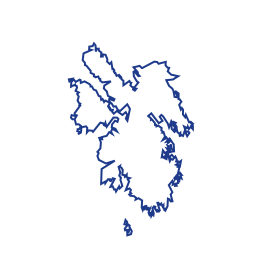 the district of Bø nor, Nordland, Norway, rotated 318°
{"feature_id": "86288312B44209185687579", "entity_name": "Bø nor", "entity_type": "district", "adm_level": 2, "iso_a3": "NOR", "parent_name": "Norway", "parent_adm1": "Nordland", "projection": "mercator", "projection_center": [14.6, 68.718], "detail": "fine", "context": "isolated", "style": "outline", "palette": "blue", "viewbox_px": 256, "rotation_deg": 318, "n_neighbors": 0, "source": "geoboundaries", "source_scale": "gbopen_adm2", "svg_char_len": 5895}
<svg xmlns="http://www.w3.org/2000/svg" viewBox="0 0 256 256"><g transform="rotate(318 128 128)"><path d="M188.0,132.8L186.1,132.7L186.9,134.3L185.6,138.8L183.4,136.0L186.4,131.4L187.3,128.3L186.7,124.2L188.5,118.1L193.8,122.0L200.0,123.1L195.8,117.3L195.4,112.5L198.8,110.8L197.8,109.7L197.8,106.6L200.3,104.1L193.7,100.7L193.8,98.4L191.9,96.3L178.5,92.9L178.2,89.6L172.7,86.6L172.6,93.1L171.4,94.6L171.4,97.0L170.4,96.4L170.7,90.1L169.7,89.9L166.9,93.6L165.8,99.2L166.2,101.1L160.3,102.1L159.4,103.1L160.5,104.4L158.1,104.8L157.5,102.8L160.1,101.3L158.6,101.5L158.3,97.9L160.7,96.6L160.1,95.7L160.5,94.0L153.2,93.2L156.2,89.8L155.8,87.6L157.0,85.7L156.9,83.5L155.9,84.4L156.1,82.2L154.4,81.6L155.5,78.5L154.9,78.3L155.3,76.4L156.5,75.9L156.6,74.0L155.9,73.8L159.6,68.0L157.2,68.2L156.9,64.7L158.6,63.2L160.3,58.6L158.4,56.3L157.1,58.0L155.7,56.9L158.7,54.1L158.1,50.8L159.3,49.5L157.8,48.0L155.2,49.7L159.1,45.0L159.3,42.4L156.5,43.5L153.7,41.6L151.8,43.5L153.1,45.6L144.9,42.8L139.7,47.3L139.6,50.7L138.1,52.5L138.8,53.7L138.5,60.5L137.1,62.0L138.6,65.4L137.2,66.8L138.1,68.1L137.1,68.1L140.4,69.9L139.5,72.0L140.2,73.0L139.0,74.2L139.5,77.0L146.5,81.9L138.8,80.6L136.5,82.5L136.7,86.7L134.6,90.7L137.3,97.4L135.8,98.1L134.4,95.7L135.3,93.7L133.6,93.7L131.9,95.5L132.2,99.2L131.5,102.4L133.5,103.7L132.5,107.9L133.7,110.1L143.3,109.9L142.2,115.1L132.4,122.2L132.7,119.6L136.3,117.7L136.9,114.7L132.6,114.6L131.1,107.9L127.0,107.8L127.1,105.4L128.8,104.4L127.5,103.7L128.0,100.9L127.1,101.7L127.7,98.5L130.6,97.6L130.9,95.9L129.5,92.4L127.6,92.7L128.5,89.4L126.9,89.2L128.7,86.1L127.7,84.6L129.4,78.8L128.2,76.4L129.0,73.0L127.9,72.1L128.9,70.8L128.5,68.8L126.9,64.3L123.1,62.9L124.8,60.6L124.4,59.7L120.0,58.8L120.1,55.3L117.1,56.0L120.1,54.5L116.6,52.3L115.6,54.2L118.0,54.5L113.3,59.2L117.8,60.3L117.2,61.2L118.0,62.5L117.0,64.0L113.9,65.3L115.2,68.7L113.0,68.7L112.4,71.7L108.9,73.9L108.3,76.5L108.8,78.0L107.1,78.4L107.5,79.3L98.2,81.3L97.3,82.6L98.4,84.4L95.7,85.3L96.9,83.9L94.7,80.7L92.5,82.2L92.5,84.3L94.3,85.8L91.8,90.6L93.9,92.3L94.4,94.9L91.1,96.2L89.1,94.7L89.6,95.6L88.2,96.4L89.7,99.0L86.7,99.2L90.0,99.9L93.9,96.3L97.9,98.7L97.8,100.6L94.5,103.8L97.1,103.4L99.5,105.9L99.4,107.4L111.0,105.5L112.9,108.2L112.0,109.6L112.4,110.7L114.6,109.2L112.9,112.9L124.2,110.5L126.8,113.0L126.9,114.8L124.3,116.4L123.3,113.9L118.5,114.7L116.3,116.7L118.1,120.1L117.5,123.2L115.8,118.0L112.8,119.5L112.3,121.8L111.3,118.5L106.9,119.6L102.4,117.2L101.3,119.1L100.5,118.2L101.2,117.0L100.0,116.1L98.2,120.6L93.8,124.7L89.3,125.3L89.4,127.0L86.6,128.3L85.0,132.2L87.9,139.6L96.3,143.5L81.0,140.8L70.6,151.6L75.0,152.5L74.1,153.9L78.8,152.7L80.2,153.9L79.2,154.9L79.8,156.0L83.0,155.1L84.1,156.9L75.6,160.0L77.6,161.1L76.5,164.5L77.5,165.2L76.6,167.2L82.3,165.4L81.4,167.4L85.0,167.3L87.7,161.4L89.5,160.3L89.6,157.6L92.5,155.9L95.0,150.6L96.5,150.8L95.8,151.2L96.6,153.0L96.0,155.7L92.5,159.0L93.8,160.6L93.1,162.0L95.9,161.7L94.0,163.8L95.8,166.5L93.4,166.1L93.0,168.5L84.7,172.7L88.7,173.9L88.7,176.0L86.6,177.1L86.6,178.8L84.4,178.2L84.3,179.7L86.9,182.8L87.3,185.2L85.7,186.3L88.8,187.2L90.0,191.3L85.0,196.3L84.1,198.7L85.5,197.8L85.3,200.1L86.6,197.1L87.8,197.4L87.5,199.5L90.0,197.5L87.4,201.0L88.4,202.4L90.2,200.2L89.0,202.5L90.4,202.5L86.6,204.7L85.3,208.2L88.4,205.4L86.2,209.1L88.6,208.3L88.6,209.8L89.2,209.3L88.7,206.7L90.5,206.0L89.7,207.2L90.3,208.0L92.4,204.1L94.9,203.6L95.6,204.8L94.1,205.9L93.6,209.2L94.3,209.2L93.4,210.5L94.9,209.0L95.1,210.7L96.5,210.5L99.8,203.3L100.5,203.8L100.5,206.6L102.2,206.4L101.2,209.5L102.6,209.2L100.9,211.0L100.8,212.5L101.6,212.9L100.2,213.2L100.4,214.4L105.0,212.6L110.4,207.2L111.1,208.7L110.6,211.0L111.9,211.7L111.6,213.0L115.2,206.0L118.0,205.4L120.1,197.8L125.5,197.0L125.1,197.8L126.0,198.3L123.3,200.1L126.2,201.4L124.3,202.6L125.6,203.5L126.3,201.4L128.4,202.4L130.8,199.4L130.3,199.0L130.8,197.8L129.4,197.7L130.4,197.1L128.4,197.5L128.8,196.3L133.5,195.6L131.6,200.9L133.4,199.4L134.0,201.3L135.6,197.9L136.5,198.7L136.7,196.0L135.3,196.0L135.2,194.9L140.1,191.4L138.8,190.0L139.9,189.1L139.1,187.5L140.4,187.8L141.1,191.1L145.3,187.9L141.0,187.4L142.7,186.1L141.5,185.0L143.2,184.0L144.1,180.9L139.1,181.6L142.6,180.8L142.6,177.3L139.4,177.0L139.3,179.9L136.8,180.7L138.7,177.1L137.7,175.4L135.8,176.9L134.8,174.4L136.4,175.1L137.0,173.9L133.5,172.3L139.0,168.0L138.6,171.4L140.5,171.6L138.3,173.4L139.5,174.5L139.2,175.6L141.8,173.0L143.0,174.0L143.4,172.2L144.1,173.6L144.7,172.0L142.9,171.9L143.2,169.1L144.5,171.1L145.6,167.6L146.6,170.0L149.0,168.8L146.7,172.1L146.5,173.9L147.3,174.1L145.5,175.3L146.6,176.2L151.0,170.7L151.9,163.6L150.2,163.6L149.5,166.1L147.6,165.9L148.3,164.4L147.4,163.9L149.8,163.5L150.4,159.5L149.4,161.1L145.9,160.2L149.8,159.1L151.3,155.6L150.5,154.6L151.6,154.6L151.1,152.2L153.0,150.5L152.0,146.4L150.2,145.8L151.0,144.5L150.1,143.9L151.3,142.2L151.5,137.5L150.6,137.3L151.5,136.5L151.0,132.6L155.1,132.7L154.1,145.0L158.4,145.8L159.1,140.8L161.5,140.6L161.9,142.6L160.5,151.5L158.9,155.0L164.9,151.8L164.6,155.0L166.0,154.1L166.9,156.1L164.4,156.1L165.3,157.7L164.9,159.8L162.9,161.6L161.2,160.0L163.6,158.7L163.2,154.2L162.3,154.4L159.9,158.0L159.9,162.0L163.1,162.2L161.9,164.4L162.4,166.6L161.2,168.5L161.7,168.8L162.7,166.6L163.7,166.6L162.7,167.8L163.6,170.7L168.2,168.1L166.5,173.7L170.4,172.7L170.5,170.8L168.5,169.9L170.7,164.4L171.9,167.7L171.3,168.4L173.4,166.9L172.6,169.5L176.8,169.0L175.4,170.4L175.4,172.3L177.6,169.9L176.8,168.6L179.1,168.4L178.9,166.4L178.1,166.9L178.3,165.1L177.2,164.7L179.8,156.9L177.7,158.2L177.9,154.7L181.2,151.2L181.4,149.2L179.6,149.7L181.6,145.0L185.3,144.1L185.6,141.2L184.9,140.4L188.7,136.2L188.0,132.8ZM64.6,194.7L60.9,197.1L62.8,199.9L58.3,200.6L57.4,202.1L61.0,204.3L58.0,206.4L58.8,205.4L58.4,204.1L55.7,207.3L59.2,208.9L61.8,207.2L62.9,202.3L63.9,201.7L63.4,198.2L64.5,197.3L64.6,194.7Z" fill="none" stroke="#1e3a8a" stroke-width="2"/></g></svg>